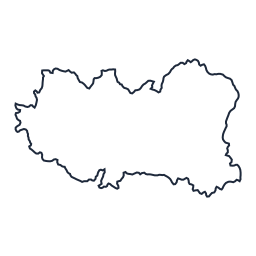 the district of Crisólita, Minas Gerais, Brazil
{"feature_id": "56859067B35092176760180", "entity_name": "Crisólita", "entity_type": "district", "adm_level": 2, "iso_a3": "BRA", "parent_name": "Brazil", "parent_adm1": "Minas Gerais", "projection": "mercator", "projection_center": [-40.971, -17.242], "detail": "fine", "context": "isolated", "style": "outline", "palette": "slate", "viewbox_px": 256, "rotation_deg": 0, "n_neighbors": 0, "source": "geoboundaries", "source_scale": "gbopen_adm2", "svg_char_len": 5101}
<svg xmlns="http://www.w3.org/2000/svg" viewBox="0 0 256 256"><path d="M55.6,68.5L54.1,69.2L52.9,70.6L52.6,73.0L50.4,72.7L49.4,70.8L48.1,70.3L46.0,70.3L43.8,70.3L42.2,70.5L42.0,73.1L42.9,74.6L43.9,76.0L43.0,77.5L43.0,79.0L42.8,80.7L42.6,82.7L42.5,84.7L42.3,86.4L41.7,88.2L40.3,89.9L39.2,92.4L37.5,92.7L36.7,91.4L35.3,90.4L34.0,91.6L34.1,93.2L35.2,94.5L35.6,96.4L36.5,97.7L37.0,99.9L36.5,102.3L35.8,105.2L34.6,107.6L33.1,106.5L32.2,105.3L30.5,105.2L29.1,106.5L27.5,107.0L25.3,106.5L23.5,105.5L21.2,105.2L19.7,105.1L17.9,104.6L15.7,103.6L15.4,105.3L15.9,107.1L16.6,108.6L17.9,109.6L20.1,110.0L19.9,111.6L18.2,112.7L15.9,113.1L15.5,114.8L16.3,116.5L17.0,118.7L18.6,120.2L20.0,120.8L20.5,122.7L19.6,124.8L17.1,126.3L15.7,127.6L15.6,129.3L16.3,130.9L17.4,131.9L18.8,131.6L20.1,130.3L21.9,129.7L23.9,129.0L25.8,129.5L27.1,130.9L27.3,132.4L28.0,134.0L27.9,136.0L28.5,137.5L28.7,139.5L29.8,141.1L30.2,142.6L31.2,143.9L30.8,145.4L29.2,146.4L29.9,148.5L31.6,149.6L33.1,150.9L34.7,152.4L36.2,153.5L38.2,153.6L39.9,152.3L41.4,152.8L42.2,154.8L42.0,157.3L42.5,159.0L43.8,160.5L46.2,161.0L48.0,161.2L50.1,161.3L52.2,160.8L53.9,159.5L55.7,159.2L57.5,160.0L57.2,162.1L58.2,164.5L60.5,165.0L61.9,166.2L63.3,166.7L64.7,166.8L65.3,168.3L66.5,170.1L67.5,172.2L68.7,173.3L70.0,173.9L70.5,175.4L71.5,176.8L73.3,177.7L75.0,178.5L76.3,179.2L78.4,180.1L80.5,181.0L82.1,181.9L84.1,181.2L85.6,181.2L87.3,181.2L88.9,179.6L91.0,179.5L92.2,180.4L93.9,180.7L95.5,178.9L95.8,176.7L97.3,175.6L97.7,173.8L98.2,172.2L99.4,170.2L100.9,169.7L102.7,170.4L104.5,169.3L104.7,172.3L103.5,174.2L103.1,176.5L101.9,179.0L101.1,181.0L101.6,183.8L100.0,184.9L98.6,185.7L99.4,187.5L101.1,188.1L102.6,187.7L103.8,186.6L105.9,186.8L107.1,186.0L107.5,184.6L108.5,183.5L110.2,184.1L111.6,185.5L113.7,186.8L115.5,188.0L117.2,188.7L118.5,187.9L118.3,185.8L117.1,183.7L117.3,181.6L119.0,181.1L120.4,180.8L121.6,178.9L123.0,177.3L123.7,175.5L123.6,172.7L125.5,172.0L126.5,173.2L128.1,173.8L130.6,174.1L132.3,174.5L134.3,173.6L136.8,172.5L138.9,172.8L140.2,174.3L141.9,173.1L144.3,172.7L145.8,174.0L147.3,174.4L148.9,174.3L150.5,174.4L152.4,174.8L154.6,175.3L157.6,175.3L159.2,174.8L160.9,174.9L162.4,175.1L164.0,174.9L165.6,175.8L167.6,176.9L169.2,178.1L170.3,179.2L171.1,180.5L172.0,182.3L173.6,184.3L175.2,184.1L176.6,182.3L177.0,180.3L178.1,178.4L180.2,179.1L181.7,179.7L183.3,179.7L184.9,178.8L186.5,177.9L188.1,178.8L188.7,180.8L188.8,182.5L189.6,184.0L191.5,184.4L193.3,185.4L193.2,187.3L192.7,189.2L193.5,190.8L195.3,190.4L197.7,190.1L199.0,191.9L199.9,193.2L201.7,193.9L203.3,192.5L204.9,191.8L206.0,193.4L206.2,195.2L207.1,196.6L209.0,196.4L210.4,194.6L211.9,193.0L214.3,192.4L215.5,190.3L215.7,188.4L216.6,186.8L218.5,187.7L219.9,188.9L221.6,189.5L222.5,188.4L223.4,186.4L224.6,184.4L226.0,182.9L228.3,181.8L230.0,181.6L231.5,181.8L233.3,182.2L235.2,181.2L236.6,179.8L238.0,180.2L239.6,181.2L240.5,179.3L240.4,177.2L240.6,175.3L240.6,172.6L240.3,169.9L239.6,167.9L238.4,165.9L237.2,164.8L235.8,164.8L234.3,165.5L232.7,165.7L230.5,165.5L230.0,163.5L231.5,162.1L231.8,159.6L230.4,157.7L229.1,156.1L227.7,155.7L225.8,155.1L226.4,153.7L227.8,152.4L227.8,150.1L227.2,148.5L227.7,147.1L229.1,145.4L228.9,143.6L227.2,143.1L225.5,142.6L224.1,141.1L223.0,139.4L222.7,137.5L222.9,135.5L223.2,133.9L224.0,131.7L224.9,129.8L225.7,128.0L226.6,126.3L226.6,124.7L226.0,123.3L226.0,121.4L226.7,119.5L227.4,117.6L228.3,115.4L229.2,112.8L230.5,110.9L231.8,109.9L232.9,109.1L234.1,108.2L235.0,106.3L235.2,104.0L235.6,101.9L236.7,100.2L238.0,98.5L238.6,96.9L238.7,95.0L238.3,93.0L237.5,91.2L235.9,89.5L235.1,87.8L234.4,86.0L233.1,84.7L232.7,83.3L232.2,81.8L231.6,80.1L230.0,78.7L227.8,78.0L226.1,77.4L224.6,76.3L222.9,74.6L220.4,73.9L218.1,73.9L216.3,74.3L214.6,74.1L212.8,74.6L211.1,74.4L209.3,73.7L207.5,72.0L206.4,70.0L205.9,67.9L205.1,65.8L203.9,64.3L202.2,64.8L200.6,65.7L199.2,64.5L198.8,62.4L197.9,60.8L196.4,59.9L194.9,59.4L193.3,60.0L191.9,61.3L190.7,62.2L189.6,61.3L187.8,60.2L186.6,61.7L186.1,63.1L184.4,64.1L182.7,62.8L180.6,62.8L179.1,64.1L177.7,65.1L175.9,65.5L174.2,66.7L173.1,68.2L171.9,69.1L171.0,70.2L170.0,72.1L168.3,74.0L166.1,75.1L164.1,76.6L163.5,78.2L163.3,79.9L162.8,81.9L161.8,84.0L161.5,85.8L161.7,87.9L160.5,89.7L160.2,91.6L158.5,92.4L156.6,91.1L154.4,90.0L152.4,89.5L150.7,88.8L152.3,87.1L152.0,85.4L152.9,83.6L153.9,81.7L152.1,81.2L150.4,80.7L148.3,80.8L147.1,81.9L145.3,83.5L143.5,84.5L142.1,86.0L140.9,87.9L139.5,89.4L137.4,90.1L135.3,90.3L134.0,91.9L132.2,93.4L130.4,93.0L129.4,91.4L128.1,89.3L126.2,88.4L124.2,87.9L122.6,86.3L121.7,84.5L120.0,84.2L119.2,82.7L117.6,81.9L117.1,80.4L116.7,78.6L115.8,76.7L115.1,75.1L115.0,73.1L115.2,71.6L115.1,69.5L113.2,69.3L111.8,69.5L109.6,69.5L108.1,69.9L106.6,70.7L104.9,71.0L102.9,70.3L101.5,70.9L101.8,72.8L101.7,75.1L100.2,76.8L98.3,77.7L96.5,78.1L94.6,78.1L93.7,79.3L93.5,81.2L93.1,83.4L92.0,84.9L90.6,86.6L89.3,88.5L87.3,87.9L86.1,86.5L85.0,85.1L83.7,83.8L82.0,82.5L79.9,82.0L78.8,80.1L77.7,78.1L77.3,76.0L76.2,75.1L75.3,73.8L73.9,72.4L71.6,72.7L70.0,71.5L68.6,70.1L67.2,70.8L65.5,71.6L63.4,71.2L61.8,70.8L59.5,70.0L57.6,68.8L55.6,68.5Z" fill="none" stroke="#1e293b" stroke-width="2"/></svg>